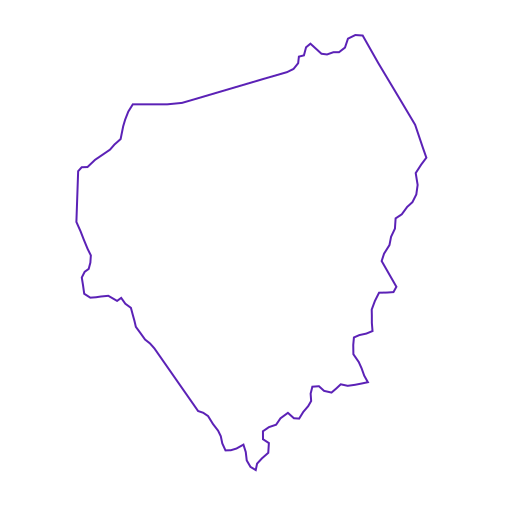 outline of Alagoa Grande, Paraíba, Brazil, rotated 176°
{"feature_id": "56859067B59580125040943", "entity_name": "Alagoa Grande", "entity_type": "district", "adm_level": 2, "iso_a3": "BRA", "parent_name": "Brazil", "parent_adm1": "Paraíba", "projection": "equal_earth", "projection_center": [-35.603, -7.048], "detail": "fine", "context": "isolated", "style": "outline", "palette": "violet", "viewbox_px": 512, "rotation_deg": 176, "n_neighbors": 0, "source": "geoboundaries", "source_scale": "gbopen_adm2", "svg_char_len": 1752}
<svg xmlns="http://www.w3.org/2000/svg" viewBox="0 0 512 512"><g transform="rotate(176 256 256)"><path d="M397.7,220.9L393.4,223.6L389.7,217.5L384.4,213.0L383.1,206.3L381.8,199.9L380.8,193.7L376.5,186.9L372.5,180.4L367.8,176.1L363.8,170.9L324.6,105.4L319.6,103.3L315.0,99.7L310.7,91.5L306.0,84.4L303.7,78.7L302.7,71.4L300.0,64.2L294.6,64.0L288.9,65.3L281.7,68.7L279.9,61.2L279.5,52.7L276.2,46.0L271.2,42.5L269.4,48.8L264.1,53.8L257.5,58.8L256.2,68.5L261.8,72.7L261.3,80.7L255.0,84.4L247.7,86.3L242.9,92.4L235.1,97.3L229.5,91.5L224.3,90.8L219.7,97.2L214.4,102.6L211.1,107.5L211.1,114.9L208.9,121.7L202.3,121.7L197.5,116.7L190.2,114.5L185.2,118.2L180.4,122.1L173.6,120.1L166.2,120.6L159.7,121.4L153.2,122.3L156.4,129.1L158.5,136.6L160.9,143.1L165.7,151.2L165.2,160.5L164.0,167.9L158.4,169.9L151.4,170.9L145.0,173.0L145.1,181.1L144.6,188.3L144.3,194.5L140.5,202.9L135.8,210.8L127.9,210.4L121.4,210.4L118.1,215.5L131.0,242.2L128.1,249.4L122.1,257.6L119.9,265.8L115.5,273.6L114.1,283.8L107.7,287.4L101.7,294.5L96.2,298.8L91.8,306.2L89.8,315.6L90.9,327.6L84.8,335.7L79.2,342.2L82.0,352.4L88.1,375.8L100.1,399.6L120.6,440.0L134.2,468.5L141.5,469.5L149.1,466.4L152.7,457.7L159.0,453.5L164.5,453.9L171.1,452.1L176.6,453.2L186.9,464.0L191.5,460.7L194.2,452.8L199.3,451.9L200.5,445.4L205.5,440.0L212.1,437.3L236.3,432.1L309.0,416.1L319.1,413.9L333.7,413.5L368.3,415.9L373.3,409.0L377.0,401.2L379.4,394.8L381.0,389.0L382.9,382.1L389.4,377.1L394.2,372.3L400.5,368.6L409.8,363.2L417.9,356.5L423.7,356.7L427.5,353.0L432.8,302.5L429.3,292.9L426.7,284.5L423.5,274.9L420.7,268.1L421.7,260.9L423.8,254.8L428.0,252.2L431.3,246.7L430.6,238.9L430.0,230.3L424.2,226.0L418.5,226.0L413.7,226.4L406.1,226.6L397.7,220.9Z" fill="none" stroke="#5b21b6" stroke-width="2"/></g></svg>